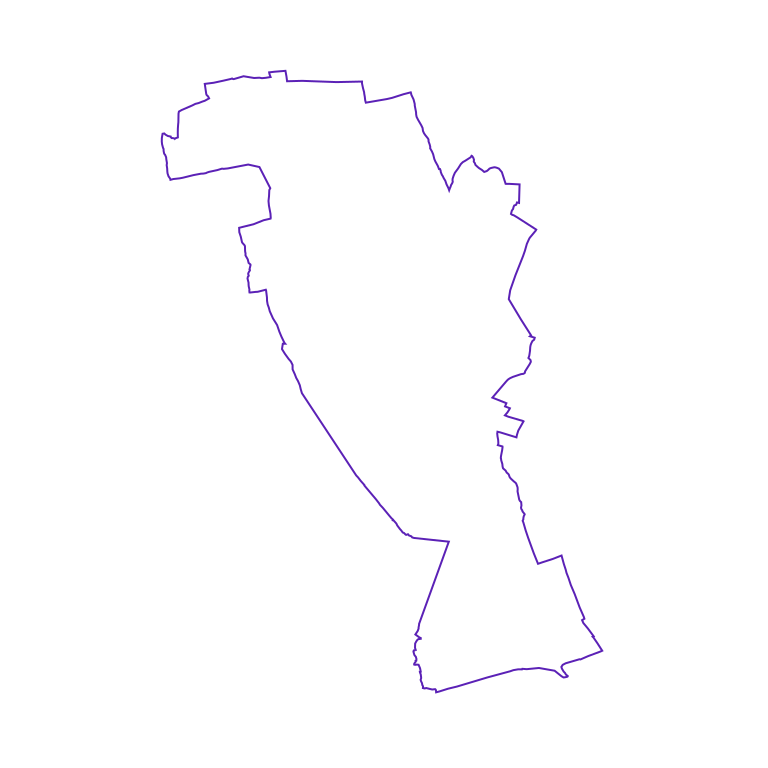 the district of Solesti, Vaslui, Romania, rotated 191°
{"feature_id": "2599482B14741458296938", "entity_name": "Solesti", "entity_type": "district", "adm_level": 2, "iso_a3": "ROU", "parent_name": "Romania", "parent_adm1": "Vaslui", "projection": "orthographic", "projection_center": [27.814, 46.772], "detail": "fine", "context": "isolated", "style": "outline", "palette": "violet", "viewbox_px": 768, "rotation_deg": 191, "n_neighbors": 0, "source": "geoboundaries", "source_scale": "gbopen_adm2", "svg_char_len": 6148}
<svg xmlns="http://www.w3.org/2000/svg" viewBox="0 0 768 768"><g transform="rotate(191 384 384)"><path d="M540.5,672.6L551.2,669.6L556.2,668.0L555.6,666.5L553.9,663.7L558.5,662.0L562.2,660.9L564.7,660.9L569.9,659.6L580.6,659.3L589.7,654.6L590.7,654.6L591.4,654.9L592.6,654.2L599.8,651.0L608.7,647.2L617.2,644.4L613.8,634.7L613.2,633.8L611.5,632.7L610.2,631.0L614.0,627.8L616.0,626.7L619.6,624.4L622.6,623.0L625.3,620.9L634.8,614.4L637.3,612.3L637.3,610.2L635.8,601.7L635.6,599.5L635.1,595.4L634.4,591.4L633.4,586.7L635.8,585.3L636.1,584.8L636.3,585.0L638.3,585.1L639.4,584.9L640.4,585.6L640.6,586.2L643.5,586.2L646.1,587.1L647.5,588.0L649.1,587.4L649.0,583.0L648.4,579.6L647.6,577.0L645.9,573.5L645.5,573.1L645.2,572.5L644.8,570.7L643.9,568.5L643.3,567.7L642.6,567.2L641.2,565.1L641.0,564.6L640.7,563.4L639.2,559.4L639.1,557.4L638.0,554.3L637.2,551.1L636.6,549.3L635.1,546.7L633.5,545.2L632.9,544.5L632.6,543.7L629.9,545.0L623.8,546.9L620.8,548.1L610.9,552.7L603.6,555.6L601.7,556.0L599.1,557.0L597.9,557.9L596.1,558.9L588.4,562.2L584.1,564.5L582.5,564.6L578.5,565.8L559.2,573.5L547.7,573.2L533.0,554.5L533.6,552.5L532.7,546.4L532.3,541.6L531.0,537.2L527.9,529.4L526.9,525.5L526.9,524.7L533.4,521.8L542.6,515.9L556.0,509.7L555.0,505.4L552.7,501.3L550.5,496.2L549.9,495.5L547.5,493.7L546.8,492.8L545.8,488.3L545.4,487.0L544.9,486.0L544.5,483.8L541.5,480.3L540.0,477.0L538.0,475.9L537.7,475.4L537.9,470.8L537.4,470.4L537.3,469.9L537.9,468.5L538.4,466.7L538.2,465.8L537.5,464.7L537.6,464.0L537.9,463.7L538.1,463.1L538.1,461.5L536.3,457.6L535.9,455.7L535.4,454.0L534.1,451.0L534.0,449.8L533.5,448.2L532.7,448.3L527.3,450.0L525.6,450.4L518.0,454.0L517.6,453.3L515.4,446.6L514.7,443.4L513.4,439.9L511.7,437.1L510.0,433.6L505.5,427.2L500.2,421.5L496.7,415.4L493.7,410.9L489.6,405.4L488.7,404.7L491.0,404.2L490.8,398.8L487.1,394.8L482.4,390.4L479.7,388.3L477.4,385.3L476.5,380.9L473.5,376.7L471.3,373.2L469.0,370.5L466.4,366.7L464.8,363.1L462.8,359.3L393.8,288.9L391.7,287.4L388.3,284.4L384.5,281.5L383.9,281.0L383.9,280.6L369.9,269.3L365.9,265.8L365.1,264.8L361.5,262.2L353.5,255.6L351.1,253.7L349.3,252.6L349.4,251.9L348.4,251.8L345.9,249.9L345.0,249.1L344.2,247.9L343.7,247.4L340.6,244.6L339.1,243.5L337.3,241.8L336.0,241.6L333.9,240.2L333.3,240.2L331.8,241.1L330.6,240.1L328.1,239.7L327.1,238.8L325.1,238.6L290.3,241.6L303.8,155.1L303.6,154.2L303.6,151.6L303.4,150.5L303.8,148.0L305.4,144.1L300.7,141.9L299.5,141.7L299.3,140.9L301.6,140.1L302.4,139.2L303.2,137.5L303.9,135.2L303.2,130.9L302.2,129.1L302.7,129.0L303.1,128.3L303.8,128.2L304.1,127.3L303.9,126.6L302.8,124.4L302.3,123.6L300.7,122.3L299.7,120.3L299.5,118.7L300.1,118.4L299.9,118.0L299.9,117.5L300.6,116.2L301.0,114.8L300.8,114.3L299.8,114.3L298.3,114.8L296.5,115.0L294.4,111.9L293.0,108.5L293.1,108.1L293.8,108.1L293.7,107.8L292.5,105.9L291.6,103.2L291.4,102.2L291.6,100.6L290.8,99.1L289.9,98.0L289.2,96.6L289.1,96.0L288.0,94.7L287.8,93.1L287.5,93.2L286.9,93.1L286.8,92.9L285.9,92.9L284.6,93.6L278.4,93.3L275.6,94.2L274.9,93.8L274.4,92.8L274.0,91.3L270.9,92.8L263.0,97.1L254.7,100.9L226.5,115.7L205.3,126.1L202.4,127.8L197.9,129.5L194.1,130.2L193.9,130.8L189.5,131.3L177.7,134.8L161.8,135.1L154.0,131.0L151.8,130.2L150.5,130.6L148.4,131.5L147.9,132.0L147.9,132.4L150.0,133.5L151.2,134.9L152.8,136.0L155.0,138.5L155.9,140.1L155.0,142.4L152.4,144.5L139.6,151.1L138.6,151.1L131.6,155.9L120.3,162.8L118.9,163.8L125.1,170.3L130.0,175.1L130.9,175.7L130.0,176.3L137.2,182.9L142.7,187.4L144.5,190.0L142.5,191.8L143.4,193.5L149.3,202.0L156.7,214.1L162.3,222.4L166.0,229.0L168.8,233.4L170.2,236.4L173.1,241.6L177.0,249.5L184.9,244.5L194.7,239.1L198.5,236.9L204.6,246.3L213.2,260.6L217.0,267.3L220.8,274.7L221.8,276.2L221.4,277.6L221.6,278.9L221.6,280.7L221.3,282.0L221.0,282.7L221.2,283.2L223.7,285.3L224.2,286.4L225.1,287.2L225.5,287.8L225.9,288.8L225.9,291.0L226.8,294.2L228.3,295.2L229.2,296.3L232.4,304.0L232.7,306.3L233.2,308.1L235.0,311.1L235.8,312.0L238.2,313.3L241.4,315.3L242.5,316.2L243.1,316.9L244.1,318.7L244.8,319.4L246.7,320.5L248.1,322.2L251.0,323.9L251.8,325.5L252.6,328.1L254.4,331.5L254.9,333.1L255.2,333.5L255.4,335.6L255.4,341.7L255.6,344.8L255.8,345.3L260.6,345.7L260.4,347.0L260.5,347.9L261.3,351.0L262.5,354.0L263.4,356.9L263.5,358.8L260.8,358.7L243.8,356.9L243.8,359.3L243.3,363.9L239.9,374.0L240.4,374.2L255.6,375.6L259.3,376.3L257.4,379.7L256.1,383.0L255.8,384.2L260.9,385.1L260.2,388.5L275.0,391.3L264.9,409.2L263.7,411.2L262.8,412.4L261.3,413.8L258.8,415.6L251.4,419.8L249.1,420.6L248.0,421.6L247.9,421.9L247.9,423.4L244.8,431.3L244.1,433.8L244.4,434.7L244.8,435.5L247.2,437.1L246.9,438.5L246.8,439.8L247.0,444.4L247.5,448.2L247.5,450.2L247.2,452.0L246.5,454.5L245.1,456.1L245.0,456.5L244.9,458.2L249.8,458.7L248.9,459.8L261.9,473.5L277.7,491.1L278.0,500.1L275.7,515.9L271.9,536.1L271.1,541.7L270.5,548.8L269.3,553.9L268.8,555.4L264.4,563.4L264.0,564.6L285.0,573.0L288.9,574.4L290.4,574.5L291.8,575.2L291.6,578.4L291.0,579.9L290.7,580.4L290.6,582.5L290.2,584.1L288.5,585.1L288.1,587.6L286.0,587.5L289.0,605.8L299.0,604.4L302.8,603.7L308.7,614.4L312.2,617.3L314.0,617.7L315.7,617.9L317.1,617.8L320.1,616.5L321.5,615.6L322.9,613.6L323.8,612.6L326.1,611.3L328.7,612.8L332.0,614.1L333.6,615.0L336.0,616.5L337.0,618.2L338.1,619.2L338.4,619.7L338.4,621.2L339.6,623.2L340.9,624.5L341.6,624.7L342.0,623.5L342.4,622.9L346.8,618.7L349.0,616.8L350.5,614.6L352.4,609.7L354.7,604.9L355.4,601.8L355.8,598.6L355.6,597.0L355.1,595.6L355.4,594.0L356.1,592.2L356.3,590.4L356.7,588.6L357.0,586.6L358.1,588.5L360.7,591.9L362.6,595.2L364.6,597.4L366.0,599.3L367.1,600.4L368.7,602.9L369.2,604.4L370.1,605.7L371.0,605.5L372.9,608.5L376.0,612.2L377.5,614.4L379.6,618.9L381.3,621.4L383.7,624.2L383.8,625.5L384.9,627.9L386.5,630.5L387.0,632.5L387.7,633.4L391.1,636.3L392.6,637.8L394.0,639.8L395.0,642.7L396.8,645.1L401.0,649.9L403.0,652.5L403.9,654.8L404.4,656.9L406.9,663.1L407.3,664.8L409.3,669.0L412.4,673.2L412.9,674.5L413.4,675.4L420.1,672.2L430.7,666.4L435.7,664.2L455.5,656.7L456.6,658.9L457.7,662.4L458.8,665.2L459.2,666.6L461.0,670.3L462.8,674.5L463.1,675.5L463.3,676.7L488.2,671.3L522.0,666.0L536.9,662.7L538.4,667.2L540.5,672.6Z" fill="none" stroke="#5b21b6" stroke-width="2"/></g></svg>